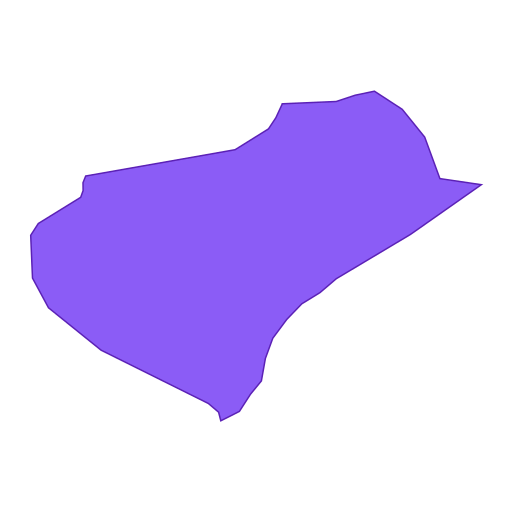 the border of Yardımlı
{"feature_id": "AZE-1720", "entity_name": "Yardımlı", "entity_type": "District", "adm_level": 1, "iso_a3": "AZE", "parent_name": "Azerbaijan", "parent_adm1": "", "projection": "orthographic", "projection_center": [48.256, 38.872], "detail": "fine", "context": "isolated", "style": "filled", "palette": "violet", "viewbox_px": 512, "rotation_deg": 0, "n_neighbors": 0, "source": "natural_earth", "source_scale": "10m", "svg_char_len": 566}
<svg xmlns="http://www.w3.org/2000/svg" viewBox="0 0 512 512"><path d="M220.8,420.8L218.6,412.2L208.4,403.5L101.1,350.2L48.5,307.8L32.5,278.1L30.7,235.3L38.3,223.5L80.7,197.3L83.1,190.6L83.0,182.7L85.7,176.0L235.1,149.7L268.3,129.0L268.4,128.8L268.6,128.7L275.9,117.7L282.1,104.3L282.2,103.8L336.2,101.5L355.2,95.2L374.4,91.2L402.2,109.3L424.7,137.1L439.9,178.6L481.3,184.7L410.5,234.4L336.3,278.7L320.0,292.6L301.8,303.8L286.7,319.5L272.8,338.2L265.4,358.4L261.4,380.9L250.5,394.2L239.4,411.4L220.8,420.8Z" fill="#8b5cf6" stroke="#5b21b6" stroke-width="1.5"/></svg>